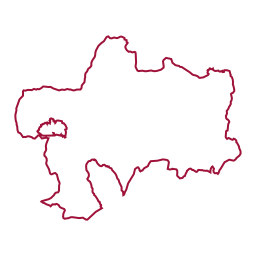 the district of Tanah Datar, Sumatera Barat, Indonesia
{"feature_id": "22746128B43985885623603", "entity_name": "Tanah Datar", "entity_type": "district", "adm_level": 2, "iso_a3": "IDN", "parent_name": "Indonesia", "parent_adm1": "Sumatera Barat", "projection": "natural_earth1", "projection_center": [100.576, -0.47], "detail": "fine", "context": "isolated", "style": "outline", "palette": "rose", "viewbox_px": 256, "rotation_deg": 0, "n_neighbors": 0, "source": "geoboundaries", "source_scale": "gbopen_adm2", "svg_char_len": 5726}
<svg xmlns="http://www.w3.org/2000/svg" viewBox="0 0 256 256"><path d="M16.3,108.4L16.4,110.5L15.4,114.7L15.4,117.1L15.7,120.2L16.6,123.3L16.7,125.2L17.2,126.3L17.5,130.0L18.3,132.4L19.9,133.0L21.0,134.1L23.0,137.1L24.5,136.9L25.7,137.1L27.2,136.4L29.0,136.3L31.8,137.2L33.1,138.3L34.8,138.6L38.3,135.3L39.2,135.2L42.0,138.5L46.4,137.6L47.2,138.1L48.5,138.3L46.4,143.5L45.8,146.1L46.2,149.4L45.6,151.2L44.6,152.7L44.3,155.0L44.5,155.8L45.5,156.7L46.6,158.6L46.8,160.5L46.2,162.9L46.4,164.3L49.0,169.2L50.1,173.4L50.9,174.2L51.7,174.3L54.5,173.1L55.2,173.0L56.9,174.6L58.2,179.8L59.5,182.7L59.6,183.5L59.1,185.5L59.0,190.7L58.1,192.3L55.8,192.7L54.5,194.0L54.2,194.9L51.0,198.0L48.7,199.2L41.6,201.2L41.3,201.6L42.3,202.1L43.0,202.8L44.2,203.0L46.1,204.2L49.6,205.4L50.6,206.3L52.5,204.3L53.1,204.5L54.3,204.3L55.3,204.5L56.1,203.9L56.9,204.0L58.7,205.1L59.9,207.1L62.0,208.2L64.2,209.0L64.9,210.3L63.4,213.7L63.1,216.5L63.3,217.8L64.5,218.7L68.2,218.2L70.9,217.2L72.7,217.2L79.0,218.1L82.9,217.7L86.0,219.6L87.4,219.6L95.8,211.8L101.9,208.2L100.6,206.7L100.6,206.2L101.1,205.6L101.1,204.9L100.2,204.2L99.8,203.2L99.8,202.1L99.4,201.7L98.8,201.7L98.1,200.7L97.7,199.6L96.2,197.2L95.2,195.8L94.2,195.1L94.1,193.8L93.4,193.4L92.5,191.9L92.6,188.6L91.7,187.4L91.2,184.5L90.0,181.7L88.1,180.3L87.3,178.9L88.1,177.7L88.9,176.0L88.8,174.2L88.4,172.9L86.4,170.0L86.1,166.1L86.4,164.3L88.3,161.5L89.3,161.0L90.3,161.0L91.6,159.8L92.8,159.5L94.1,160.1L94.4,159.5L95.2,159.8L96.1,160.8L97.3,163.2L99.0,165.1L100.2,166.0L101.3,166.2L102.3,165.8L102.8,165.0L104.5,164.8L106.2,166.4L106.8,166.0L107.5,166.2L107.9,166.8L108.8,166.5L109.4,167.7L111.4,168.4L112.1,170.0L115.1,173.3L116.2,175.1L117.4,178.6L118.6,179.9L119.3,182.3L121.6,187.1L121.6,190.4L123.1,191.7L123.3,195.1L124.1,194.6L125.0,191.9L126.3,189.6L128.1,183.4L133.8,174.1L135.0,169.1L137.0,167.6L137.9,167.3L138.3,167.4L139.5,169.4L139.5,170.3L140.4,171.4L141.5,170.7L142.4,170.5L144.1,168.3L144.9,167.8L144.7,167.6L144.9,167.8L147.8,166.2L149.1,163.5L150.7,161.2L157.5,160.7L162.9,159.4L166.7,159.9L167.8,160.4L168.8,161.9L168.8,163.0L167.7,168.9L169.6,169.5L172.3,169.1L172.4,168.8L176.4,169.4L177.2,170.5L177.3,172.7L177.1,175.2L177.5,176.1L180.0,178.4L182.5,177.9L183.7,176.4L184.9,176.0L185.8,173.5L186.8,171.8L186.9,170.9L188.3,169.8L188.8,169.1L190.3,168.6L191.0,168.8L192.3,170.0L193.1,169.9L196.2,171.9L197.2,171.6L198.2,170.0L198.9,169.9L201.5,170.2L202.2,170.1L203.1,170.5L205.6,170.8L207.3,170.7L210.4,172.4L210.4,170.6L210.9,168.5L211.8,167.0L212.5,166.5L214.0,168.8L213.4,170.4L213.7,172.2L214.9,173.3L216.8,173.0L217.9,173.9L218.5,173.1L219.7,169.8L220.5,169.0L224.5,162.3L229.2,159.7L233.3,160.6L234.3,160.4L235.7,159.2L236.5,158.0L239.5,155.5L240.6,153.6L240.5,151.1L239.4,148.7L238.9,146.3L236.9,142.6L236.4,142.4L236.3,140.8L235.8,140.0L234.8,139.1L233.7,138.7L233.1,139.5L232.5,139.8L231.1,139.3L229.0,138.1L228.5,138.0L227.1,138.9L226.2,138.0L225.7,136.8L226.1,131.3L226.4,130.8L227.6,130.5L228.2,124.3L229.3,121.9L229.0,121.0L228.0,119.7L226.8,119.1L226.2,118.1L225.9,115.9L226.7,114.4L227.0,113.1L226.7,111.0L228.5,108.6L229.0,106.9L229.8,105.9L230.8,103.9L230.7,101.9L231.6,100.2L231.9,98.1L231.0,94.0L231.5,93.4L233.0,92.8L234.3,90.9L234.1,88.7L233.3,85.5L232.9,84.6L233.0,81.7L232.7,79.4L231.9,77.2L230.5,75.9L230.7,74.6L230.3,74.0L229.6,71.1L227.2,70.3L224.4,70.2L223.9,72.0L223.1,72.1L222.8,71.0L222.4,70.8L221.9,71.6L221.1,71.2L220.8,71.5L219.8,71.6L218.9,71.2L218.4,70.6L215.5,71.0L214.6,70.8L213.1,69.8L212.9,68.6L212.0,69.3L211.4,69.0L210.4,69.1L210.0,68.4L209.6,68.4L208.9,69.9L207.7,70.1L207.5,70.4L207.9,71.2L207.5,72.8L208.7,74.0L207.9,75.1L203.3,77.4L199.7,77.9L198.7,77.4L197.9,76.4L195.8,75.5L193.2,74.9L191.9,74.1L189.8,72.3L181.7,67.0L180.1,66.9L178.9,65.9L176.2,65.4L175.2,65.0L172.5,62.8L171.2,59.0L166.1,57.9L163.7,59.9L163.0,61.3L163.7,66.4L163.6,67.6L161.0,69.7L156.6,71.0L154.1,71.2L151.0,70.5L145.6,71.3L142.3,70.7L138.5,71.1L137.4,70.5L135.7,67.2L135.6,65.8L136.1,62.8L135.7,53.6L135.4,52.3L134.6,51.9L132.4,52.4L130.3,51.5L128.7,51.8L126.8,50.2L125.7,48.3L125.3,46.9L125.9,45.3L127.7,42.9L127.6,42.6L126.6,42.0L126.6,40.2L124.5,39.5L124.5,38.0L121.6,36.6L120.3,36.7L117.7,38.0L116.6,38.1L114.2,37.5L111.5,38.4L109.9,38.1L108.3,36.4L107.2,36.7L106.3,37.4L104.0,41.1L101.1,43.3L98.4,45.9L96.1,50.2L95.5,52.0L95.1,55.6L94.6,57.1L92.4,60.3L91.4,62.6L91.3,65.8L90.3,67.2L88.1,69.0L87.1,71.4L85.5,73.3L85.1,75.3L85.2,77.3L84.8,78.7L84.5,82.1L82.1,85.0L81.8,85.6L81.5,88.0L80.5,89.5L76.6,89.6L74.6,90.3L73.2,90.4L70.1,89.4L69.5,89.6L67.3,89.0L64.7,89.9L61.7,89.6L59.1,90.4L53.2,88.4L50.6,86.9L48.5,87.0L43.6,86.5L43.0,86.6L41.3,88.1L39.0,89.3L37.4,89.0L36.2,89.6L33.9,88.9L31.9,90.1L27.9,89.9L25.1,90.7L23.6,90.4L23.0,91.3L23.0,95.7L19.5,99.4L16.3,108.4ZM41.7,125.4L42.1,124.3L42.9,123.9L43.5,124.1L43.9,123.6L44.4,123.6L45.0,122.9L45.6,122.9L46.3,123.3L46.6,122.6L47.2,122.5L47.4,123.4L47.7,122.7L48.6,123.2L49.0,122.9L49.8,123.4L49.8,122.7L50.2,122.4L50.0,121.6L50.2,121.0L49.6,120.4L50.1,119.8L50.1,118.9L51.1,118.4L51.7,118.5L52.4,119.1L53.3,119.2L53.5,120.0L53.4,120.9L54.5,121.3L54.5,120.9L54.7,121.1L54.6,121.9L54.9,121.9L55.2,123.0L55.7,122.5L55.8,121.6L56.5,120.7L58.1,120.5L61.9,121.2L62.3,123.1L63.8,123.3L64.5,124.3L65.1,124.6L66.7,128.0L66.5,129.2L65.2,129.6L66.0,132.1L65.3,136.8L65.5,137.2L65.2,137.4L65.0,136.8L64.6,137.0L64.3,136.1L63.9,136.3L63.8,135.9L62.5,135.5L62.3,136.2L61.9,135.7L61.4,135.7L61.5,135.3L60.8,135.4L60.8,134.6L60.4,135.0L60.5,135.4L60.2,135.5L56.7,134.7L54.8,135.1L53.9,133.1L53.3,133.0L54.2,135.5L43.2,135.7L41.4,135.0L40.5,133.9L38.1,132.5L37.4,131.3L37.9,130.5L38.5,130.5L39.1,129.7L39.0,128.7L39.7,127.2L41.0,126.6L41.0,125.2L41.7,125.4Z" fill="none" stroke="#9f1239" stroke-width="2"/></svg>